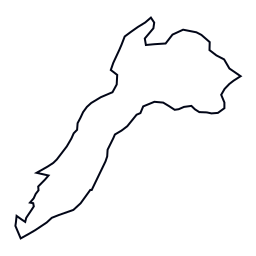 outline of Mesogi, Paphos, Cyprus
{"feature_id": "46923920B58630451214078", "entity_name": "Mesogi", "entity_type": "district", "adm_level": 2, "iso_a3": "CYP", "parent_name": "Cyprus", "parent_adm1": "Paphos", "projection": "natural_earth1", "projection_center": [32.455, 34.811], "detail": "fine", "context": "isolated", "style": "outline", "palette": "ink", "viewbox_px": 256, "rotation_deg": 0, "n_neighbors": 0, "source": "geoboundaries", "source_scale": "gbopen_adm2", "svg_char_len": 1240}
<svg xmlns="http://www.w3.org/2000/svg" viewBox="0 0 256 256"><path d="M91.7,190.0L105.5,161.4L107.2,156.4L107.6,149.7L113.3,138.2L114.9,134.5L121.5,130.6L127.3,126.2L136.6,114.7L140.4,113.1L143.2,106.4L154.4,101.8L163.2,102.6L169.0,106.1L174.7,109.8L178.7,109.2L184.0,106.9L191.4,105.9L194.9,109.3L199.3,112.1L206.8,112.4L211.5,113.4L217.9,112.9L224.4,108.2L224.4,102.5L221.2,94.8L224.6,88.9L229.4,83.9L233.7,80.6L238.1,77.8L240.6,76.2L229.4,68.5L224.1,59.4L216.4,55.4L209.5,50.1L209.7,42.1L201.4,34.9L196.4,32.3L183.1,29.7L172.5,34.6L165.6,43.5L154.4,44.2L145.9,45.0L144.8,38.5L153.4,28.3L154.2,22.6L150.9,17.6L145.2,22.5L138.0,26.9L131.3,31.6L124.7,36.5L121.5,44.8L119.4,49.7L113.3,62.8L110.8,70.0L117.2,74.9L116.7,84.5L112.5,92.2L100.8,97.2L91.2,103.0L86.9,106.9L83.1,112.1L80.4,117.9L77.6,123.2L77.1,129.8L73.7,133.3L71.4,138.5L66.8,146.4L56.8,159.5L53.3,162.9L47.6,166.6L36.6,172.8L48.5,175.5L45.0,179.6L38.2,186.5L38.5,190.3L35.7,193.9L33.7,198.3L30.0,202.6L33.2,203.2L33.8,206.4L31.6,209.8L27.9,215.3L26.2,217.9L25.2,221.9L21.6,219.5L16.6,215.9L15.9,222.4L15.4,225.9L20.7,238.4L28.8,233.9L35.3,230.1L46.7,222.5L51.8,217.8L58.9,215.0L73.4,209.9L80.6,203.3L90.3,189.9L91.7,190.0Z" fill="none" stroke="#020617" stroke-width="2"/></svg>